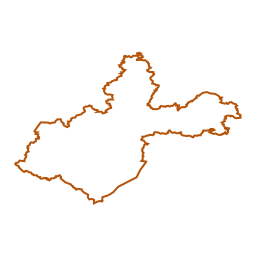 Irkutsk, Equal Earth projection
{"feature_id": "RUS-2602", "entity_name": "Irkutsk", "entity_type": "Region", "adm_level": 1, "iso_a3": "RUS", "parent_name": "Russia", "parent_adm1": "", "projection": "equal_earth", "projection_center": [107.861, 57.716], "detail": "fine", "context": "isolated", "style": "outline", "palette": "amber", "viewbox_px": 256, "rotation_deg": 0, "n_neighbors": 0, "source": "natural_earth", "source_scale": "10m", "svg_char_len": 5848}
<svg xmlns="http://www.w3.org/2000/svg" viewBox="0 0 256 256"><path d="M76.6,115.5L81.3,114.3L82.6,112.9L84.5,112.0L85.0,111.1L84.7,110.0L83.9,109.5L83.6,108.1L84.0,107.4L85.4,106.6L87.7,106.5L89.4,105.4L90.0,106.0L92.3,106.1L91.5,106.4L91.5,107.0L92.7,108.5L94.6,109.4L94.7,109.9L97.5,110.0L98.0,111.3L97.2,111.9L100.5,111.6L102.1,112.2L102.6,113.4L105.8,112.6L106.6,112.1L105.5,111.0L105.9,110.5L109.2,108.4L111.1,107.9L110.7,106.0L109.7,105.5L110.2,105.0L110.1,104.1L109.6,103.6L107.8,103.7L106.7,102.9L106.2,101.2L108.2,100.4L108.3,99.6L112.6,99.5L112.1,99.0L112.6,97.8L112.1,96.6L112.6,95.1L110.9,94.6L107.2,94.5L105.1,93.4L103.9,90.8L104.6,89.6L103.4,88.7L104.9,88.1L104.4,87.5L105.0,86.6L104.9,86.1L106.9,85.0L108.5,85.0L107.8,83.5L106.5,83.2L111.0,82.4L111.9,81.3L114.9,80.0L115.9,80.3L117.2,79.6L116.8,78.0L119.6,76.3L121.4,75.9L121.1,75.2L121.8,73.8L120.7,73.5L122.1,72.9L121.6,72.3L122.6,72.3L124.1,71.3L123.8,70.6L125.0,70.0L122.4,69.2L122.6,68.5L121.8,67.5L119.8,67.0L119.0,65.3L121.5,64.7L121.7,63.9L121.2,63.6L121.2,63.2L121.9,62.6L124.0,62.8L124.5,62.1L122.5,60.8L124.1,59.6L123.6,58.8L125.1,57.3L124.1,56.5L124.4,55.9L125.7,56.0L127.6,56.9L128.6,56.2L129.5,56.2L130.2,57.1L131.9,57.1L133.0,55.8L138.2,55.8L138.7,55.3L137.7,53.6L136.1,53.5L138.5,53.2L139.0,52.7L140.6,53.4L140.1,53.7L140.6,53.9L140.2,54.6L142.3,55.9L141.9,56.6L142.7,57.1L141.6,57.9L138.5,57.6L138.2,59.0L136.9,59.5L136.9,60.0L140.9,59.8L143.5,60.4L145.1,60.2L146.8,61.4L147.3,62.3L148.0,62.3L148.2,63.2L148.8,63.6L148.5,64.0L148.9,64.4L149.1,66.6L150.7,67.7L149.1,68.5L148.2,70.3L147.1,70.3L147.3,70.8L149.3,72.0L153.1,72.0L153.0,72.6L153.9,73.3L153.4,73.8L154.0,74.6L150.4,77.7L150.6,79.3L152.9,81.2L152.2,83.5L154.9,84.0L155.9,85.3L157.8,85.0L158.8,85.5L158.4,87.1L156.4,88.8L156.9,89.4L156.7,90.2L154.7,90.5L155.4,91.4L153.6,92.8L153.8,93.4L153.1,93.7L152.6,95.0L151.9,95.4L151.5,96.6L152.2,97.5L150.9,98.8L151.1,99.4L149.8,100.5L150.0,101.8L147.7,103.8L148.4,104.3L147.6,104.8L147.6,105.3L150.0,105.7L150.2,106.8L151.1,107.2L151.2,108.2L152.2,108.2L152.9,109.1L157.2,109.1L159.5,108.3L160.1,107.4L159.9,106.8L161.0,106.0L163.9,106.6L164.7,106.3L165.5,106.8L166.6,106.1L168.3,105.9L169.8,106.6L171.0,105.9L172.7,105.9L175.1,103.3L175.6,103.3L176.2,104.3L175.7,104.8L175.9,105.6L179.1,105.4L179.1,105.9L178.1,106.4L177.5,107.5L177.5,109.7L178.0,110.4L179.1,109.3L178.6,108.2L179.3,108.5L181.8,107.2L185.0,107.2L186.8,106.0L186.9,105.1L186.4,104.6L188.0,103.4L187.9,102.6L189.6,102.1L190.3,101.3L192.0,101.3L192.0,100.7L193.2,100.5L194.4,99.2L196.7,97.8L196.2,97.3L196.4,96.6L197.7,95.4L198.9,95.8L202.6,92.9L206.7,92.1L210.3,93.4L215.2,93.9L218.9,96.1L219.7,97.4L221.9,97.6L221.4,98.3L220.3,98.2L219.9,98.8L221.5,99.8L221.3,101.6L220.4,102.3L221.8,103.0L225.2,103.6L226.6,102.9L227.3,103.8L227.9,104.0L229.4,102.4L231.5,102.1L232.6,103.2L236.0,104.3L236.2,105.2L237.0,105.7L235.6,106.8L235.9,108.2L237.3,108.8L237.4,109.5L236.8,110.0L237.9,111.1L237.9,112.4L237.1,113.4L240.5,115.0L240.0,116.2L240.6,116.9L240.6,117.7L236.4,118.2L234.7,117.8L233.0,116.2L231.4,115.8L230.7,116.4L229.9,115.7L227.0,115.7L225.1,116.7L226.3,118.2L226.1,118.6L224.6,118.8L224.3,120.3L224.8,121.3L221.9,122.5L222.7,123.2L222.5,124.3L223.9,124.7L223.7,125.8L224.4,126.5L224.9,128.0L225.7,127.9L225.6,128.8L226.6,128.7L227.1,128.0L229.0,128.4L228.6,129.5L227.3,130.0L228.1,131.0L228.1,132.0L227.3,132.5L227.3,133.5L226.6,133.3L226.2,133.9L225.1,133.3L225.0,132.4L223.1,134.0L222.2,133.9L222.2,134.4L220.1,135.0L217.8,134.6L215.7,133.5L213.5,133.9L209.4,132.2L210.3,131.4L214.3,130.0L213.2,129.0L210.7,128.9L209.0,130.2L206.1,130.7L203.4,130.4L202.9,131.3L203.1,131.9L201.3,133.7L200.7,135.3L198.1,135.2L197.5,135.8L194.7,135.5L193.3,136.6L193.4,137.1L192.4,137.3L191.4,136.4L188.6,135.5L187.3,136.1L182.7,135.4L181.3,134.5L180.8,133.4L181.2,132.5L180.4,132.2L178.5,133.3L176.3,133.2L175.1,132.4L172.3,132.8L170.5,131.6L170.1,130.5L168.9,130.6L167.7,132.3L168.1,132.9L166.1,133.9L162.2,133.2L160.7,133.7L158.2,132.5L154.9,132.1L153.9,133.0L153.7,133.7L154.0,134.2L152.8,135.2L149.4,134.8L148.4,135.6L146.9,135.5L144.8,136.6L142.5,136.7L142.9,137.4L141.3,139.4L141.5,140.1L143.6,140.4L145.5,143.0L148.0,143.8L147.3,144.5L145.3,144.1L144.2,145.1L143.4,148.0L142.6,148.2L142.6,149.2L142.0,149.9L142.4,150.6L142.3,151.8L143.5,152.6L143.5,153.4L142.6,154.7L142.8,155.7L143.4,156.2L142.7,156.7L142.7,159.3L141.4,160.9L146.1,161.6L145.8,162.4L140.1,170.2L136.6,177.3L118.1,186.8L113.6,191.9L110.6,194.0L107.2,195.7L102.5,197.1L102.2,199.3L102.6,200.7L102.0,201.5L100.8,201.0L98.0,201.4L93.9,203.3L94.1,199.9L91.7,198.9L89.2,199.4L87.8,197.2L88.1,194.7L83.8,192.4L81.9,190.4L81.7,189.4L78.1,188.8L76.7,189.6L75.9,189.5L75.2,188.7L75.4,188.3L73.1,187.2L73.3,186.5L71.3,185.3L71.1,184.5L65.3,182.3L60.9,178.6L60.5,177.8L61.1,177.3L61.0,176.9L59.7,175.2L57.9,176.1L55.8,176.1L55.5,176.6L55.8,177.3L53.9,178.2L50.7,178.5L50.6,179.4L49.4,180.4L46.9,179.4L47.7,178.6L46.5,178.0L44.0,177.9L43.2,178.5L40.6,178.7L40.1,178.3L40.2,177.1L37.6,176.7L37.0,175.4L33.6,175.2L33.4,174.4L32.1,174.1L31.0,172.5L29.1,172.3L26.7,170.8L25.2,171.1L24.7,171.9L23.6,171.8L18.9,167.5L19.0,166.5L15.4,164.5L15.5,163.4L16.0,162.8L18.0,162.7L19.6,160.6L24.5,161.2L24.6,159.1L26.0,157.3L26.3,156.4L25.1,155.1L26.1,154.5L25.9,154.2L26.5,152.3L28.6,151.5L28.0,150.1L27.9,148.7L28.3,148.3L27.4,147.6L28.0,147.0L27.6,146.2L29.6,145.1L30.0,143.3L31.4,142.3L33.5,142.9L34.5,141.8L35.9,141.2L35.9,139.0L38.9,138.6L39.0,137.1L37.8,136.9L38.3,134.3L35.5,134.0L35.6,133.0L36.9,132.3L35.6,132.2L34.4,131.2L40.7,122.4L48.4,122.6L49.3,123.3L50.3,123.4L51.6,122.8L54.8,122.5L55.6,121.0L57.6,119.3L60.8,119.3L61.5,121.8L63.6,123.3L63.3,123.8L63.9,125.4L67.1,127.1L69.1,126.0L69.1,125.3L67.7,124.0L68.6,122.9L68.0,121.6L70.0,121.5L71.3,120.0L71.0,118.9L72.8,117.7L75.0,117.7L76.6,115.5Z" fill="none" stroke="#b45309" stroke-width="2"/></svg>